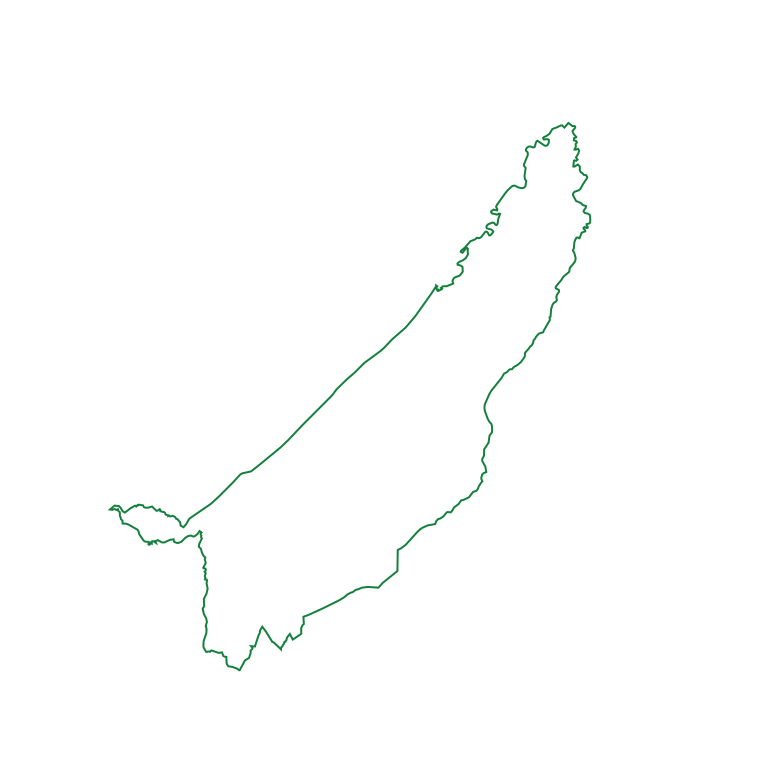 Viterbo, Caldas, Colombia (Equal Earth projection), rotated 218°
{"feature_id": "7082276B24939675265994", "entity_name": "Viterbo", "entity_type": "district", "adm_level": 2, "iso_a3": "COL", "parent_name": "Colombia", "parent_adm1": "Caldas", "projection": "equal_earth", "projection_center": [-75.869, 5.037], "detail": "fine", "context": "isolated", "style": "outline", "palette": "green", "viewbox_px": 768, "rotation_deg": 218, "n_neighbors": 0, "source": "geoboundaries", "source_scale": "gbopen_adm2", "svg_char_len": 6131}
<svg xmlns="http://www.w3.org/2000/svg" viewBox="0 0 768 768"><g transform="rotate(218 384 384)"><path d="M459.6,123.8L456.7,129.5L454.2,132.1L452.4,130.5L449.9,131.0L448.2,132.1L446.5,135.0L445.9,140.4L444.9,143.3L443.0,145.6L440.3,146.4L439.4,147.6L438.6,151.0L438.8,154.6L436.4,154.6L436.6,154.0L435.9,152.5L434.6,152.2L433.9,150.7L432.4,150.1L431.2,144.4L429.8,141.8L426.6,141.3L424.1,139.3L420.3,137.4L418.0,137.3L417.1,135.3L414.3,133.3L413.3,127.9L412.6,127.7L411.1,128.6L410.3,128.2L409.7,127.4L409.8,125.6L408.0,125.2L407.0,122.3L405.5,121.5L405.0,120.0L404.4,119.8L403.2,120.7L402.5,120.3L401.1,117.7L397.0,114.2L394.7,109.3L393.7,103.8L388.9,98.2L388.6,95.4L384.4,91.9L379.6,89.7L377.0,87.4L375.6,83.7L373.0,81.7L370.6,78.3L367.9,70.5L365.1,66.4L363.7,65.2L359.1,63.4L357.3,65.5L356.3,65.8L356.0,67.8L348.6,70.4L346.4,72.8L343.3,70.8L341.9,70.9L340.2,71.9L336.9,67.9L335.4,66.6L333.0,65.7L329.5,67.6L324.9,69.2L321.9,69.3L321.5,69.6L323.4,80.6L321.7,85.0L323.3,89.6L325.0,91.9L324.7,94.4L325.4,95.2L327.3,95.6L324.1,97.7L328.0,108.3L328.5,111.0L329.9,113.5L330.5,117.8L324.3,116.1L313.2,112.0L311.8,112.5L301.8,111.5L302.8,112.7L302.6,115.0L303.0,116.2L302.9,117.8L303.6,119.3L303.0,120.2L303.4,120.7L303.3,122.4L304.3,124.3L304.3,129.0L298.5,126.5L295.4,136.2L299.0,140.7L299.7,143.7L299.4,145.5L304.2,151.0L301.8,154.7L294.1,169.4L286.1,186.1L284.0,191.7L283.3,195.5L281.6,199.3L280.4,200.9L279.6,204.3L277.7,206.8L276.0,209.9L271.8,214.1L263.0,220.1L262.6,226.3L258.3,244.9L271.0,261.7L269.5,264.8L267.9,270.5L266.7,287.4L266.0,291.9L265.0,294.8L262.5,299.5L257.4,305.2L258.4,308.0L258.2,310.8L256.9,312.6L255.7,316.0L255.5,321.5L254.9,322.4L252.4,323.9L252.3,326.4L252.8,330.0L251.3,335.2L251.6,339.7L250.1,341.4L247.3,347.0L247.4,353.7L245.4,356.8L245.5,359.4L246.3,361.7L246.7,365.8L246.6,367.9L248.7,369.0L249.6,370.0L250.9,373.1L250.7,374.9L249.2,377.6L253.3,381.3L259.1,383.8L260.3,385.1L261.1,389.1L264.8,394.1L265.5,402.2L269.1,408.4L269.1,412.3L269.9,413.6L273.2,417.5L275.0,418.7L277.6,419.1L280.8,420.4L287.8,424.8L290.1,426.9L291.9,429.7L294.8,440.9L295.3,444.7L295.1,460.9L295.8,466.2L294.5,468.7L294.1,472.7L292.2,474.6L292.2,477.2L290.5,481.2L289.6,485.7L289.9,492.2L292.1,495.6L291.7,501.0L291.9,504.0L291.4,505.6L291.8,508.1L293.0,510.4L292.9,513.0L293.3,514.9L293.0,519.1L290.4,522.8L291.0,524.5L292.7,536.6L294.6,538.5L294.2,539.5L298.6,546.3L300.1,550.7L300.1,552.6L299.2,554.8L299.4,556.5L301.8,558.7L302.7,560.9L302.8,564.2L303.6,565.4L304.3,565.8L307.4,565.1L308.1,565.6L308.6,567.0L308.3,574.7L308.7,579.0L307.2,585.9L307.4,587.0L309.1,590.0L308.8,594.2L309.0,598.5L310.5,601.2L315.1,604.7L317.3,605.4L317.9,607.7L321.4,613.2L322.1,615.3L322.4,617.9L321.5,618.8L319.9,618.9L319.7,619.4L321.4,624.9L319.4,628.2L320.2,628.9L322.4,629.3L323.0,630.0L322.6,631.3L320.3,631.6L319.7,632.2L320.0,633.2L322.3,634.0L322.8,634.7L320.9,637.2L321.0,638.1L322.4,640.2L324.8,643.0L326.3,644.0L328.2,643.8L330.7,642.5L332.8,642.7L333.4,643.9L333.5,647.1L334.4,648.6L337.6,647.4L340.1,647.8L345.4,646.5L350.6,648.8L351.9,649.8L352.3,651.1L352.1,653.0L349.8,656.5L349.3,658.5L350.2,664.0L350.7,670.4L351.1,672.1L353.1,673.0L355.4,671.8L357.1,672.3L359.3,672.0L361.2,672.9L363.5,675.9L366.3,676.4L367.9,672.3L368.8,672.0L371.8,676.9L371.5,677.6L370.0,678.1L369.6,680.0L372.2,680.7L372.8,685.2L373.9,688.0L375.9,688.8L377.1,686.7L378.2,686.1L378.9,689.1L380.7,691.0L380.7,693.1L382.0,693.8L384.4,692.9L385.6,694.7L384.4,696.6L384.6,697.1L388.0,697.6L390.8,698.9L391.2,699.6L391.1,703.6L391.9,704.6L392.7,704.5L394.3,703.2L399.4,703.2L399.7,697.1L402.9,697.4L403.8,696.6L406.2,691.9L408.3,688.7L407.6,683.1L408.7,679.5L410.0,676.9L410.1,675.7L408.5,675.1L406.0,677.6L404.4,677.9L402.7,675.6L402.2,672.9L403.1,671.3L404.5,670.7L412.8,670.2L413.1,669.6L413.0,668.0L411.2,663.5L412.1,662.2L415.2,661.2L416.2,660.0L416.9,658.1L416.5,656.0L415.7,655.3L413.4,655.0L411.7,653.1L408.8,642.9L407.7,642.0L405.4,641.5L401.4,634.5L399.1,632.2L396.9,631.6L394.4,627.1L394.5,625.0L395.5,623.4L398.5,621.8L403.3,620.7L404.7,619.0L405.1,617.5L405.8,612.8L405.9,608.4L405.3,594.7L404.8,592.7L402.2,591.4L401.8,590.4L405.0,588.9L405.9,586.1L405.1,585.1L403.9,584.9L399.2,587.1L398.2,589.1L397.3,589.5L395.3,583.9L393.2,580.3L393.1,578.6L394.5,578.1L396.2,578.8L397.8,578.1L400.1,574.3L400.5,572.5L400.4,571.4L399.5,570.3L398.7,570.1L394.4,571.8L391.9,571.6L391.5,570.6L391.6,567.5L391.9,566.4L392.6,565.9L395.9,567.3L397.5,566.9L397.9,566.2L397.8,560.4L398.1,558.7L399.0,557.4L400.8,556.4L401.4,553.7L403.8,549.7L404.3,541.0L405.3,536.6L404.9,535.4L402.9,535.8L402.9,541.1L402.2,542.4L401.0,542.1L400.1,540.4L397.7,538.0L397.0,533.7L397.9,530.3L400.0,526.4L400.3,524.2L399.4,523.3L396.4,524.6L394.2,524.6L391.1,521.0L391.0,516.1L393.7,511.8L394.1,510.0L393.5,507.4L391.3,505.7L394.8,499.7L397.7,497.3L398.2,494.9L396.9,494.9L396.9,494.1L398.6,490.6L399.1,490.6L399.5,491.4L399.9,490.8L400.6,490.8L402.1,492.5L402.2,493.8L403.6,493.7L403.1,493.1L402.3,484.0L401.1,456.7L401.7,441.8L405.1,424.1L406.1,413.3L407.0,408.1L412.5,388.4L414.1,375.2L416.1,365.1L418.1,350.7L417.9,343.2L423.0,301.0L424.9,281.0L426.5,270.2L432.5,243.2L435.0,233.2L440.4,226.7L441.5,224.6L442.6,211.8L444.8,193.9L446.6,183.1L454.5,158.0L453.6,151.8L453.8,147.7L457.0,147.2L459.6,149.5L463.7,150.4L464.7,149.8L466.5,150.6L469.3,150.1L470.9,148.0L472.5,148.0L472.8,147.0L473.5,147.5L475.7,146.7L477.4,147.7L478.5,147.6L481.9,146.0L482.9,147.2L483.7,147.3L484.5,144.7L485.3,144.0L491.4,144.6L493.7,141.3L496.0,139.6L497.4,139.2L499.2,140.0L503.0,137.9L503.0,137.0L503.7,136.8L503.8,134.9L505.3,134.8L507.2,130.2L509.0,123.2L511.5,122.8L515.4,124.3L517.5,124.6L518.3,124.3L521.5,122.2L522.6,116.4L520.7,117.5L519.3,119.6L517.2,120.1L516.6,121.5L515.2,120.4L513.2,120.3L510.8,117.3L509.5,116.9L508.3,115.6L505.8,115.2L504.1,113.1L501.5,115.0L498.5,116.0L488.6,117.4L487.3,117.1L484.1,114.8L476.9,112.6L475.0,112.8L472.3,114.7L471.7,114.7L470.9,112.7L470.2,112.7L469.6,113.8L470.0,115.2L468.8,115.3L470.0,116.9L469.9,117.4L468.1,118.3L466.0,118.4L467.7,119.4L466.6,120.6L466.2,121.7L461.4,122.5L459.6,123.8Z" fill="none" stroke="#15803d" stroke-width="2"/></g></svg>